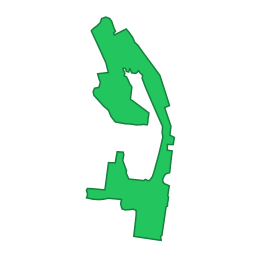 Tejen, Ahal, Turkmenistan, rotated 188°
{"feature_id": "10190150B49022220136906", "entity_name": "Tejen", "entity_type": "district", "adm_level": 2, "iso_a3": "TKM", "parent_name": "Turkmenistan", "parent_adm1": "Ahal", "projection": "robinson", "projection_center": [60.242, 38.323], "detail": "fine", "context": "isolated", "style": "filled", "palette": "green", "viewbox_px": 256, "rotation_deg": 188, "n_neighbors": 0, "source": "geoboundaries", "source_scale": "gbopen_adm2", "svg_char_len": 3026}
<svg xmlns="http://www.w3.org/2000/svg" viewBox="0 0 256 256"><g transform="rotate(188 128 128)"><path d="M131.2,56.0L124.9,56.3L124.5,56.3L124.7,52.1L124.1,50.3L123.7,49.2L122.4,46.9L122.1,46.9L119.3,46.5L114.6,47.5L113.8,47.7L112.0,48.2L111.5,48.4L110.8,48.1L108.8,47.6L108.5,47.5L108.1,45.0L108.0,44.2L107.8,43.2L107.2,21.5L79.5,21.3L79.5,21.8L80.2,23.3L80.6,25.1L79.5,26.4L79.3,54.4L79.2,55.2L78.1,56.2L78.1,57.4L78.4,58.4L78.2,61.4L78.3,65.3L78.5,65.6L79.2,66.1L79.1,76.5L83.7,77.8L84.3,78.2L85.4,78.6L85.6,79.2L85.9,79.4L85.9,80.0L86.5,81.5L85.8,84.7L85.7,84.8L85.7,85.3L84.2,87.8L80.5,89.6L80.7,94.3L80.8,97.6L81.0,106.9L81.1,111.5L86.0,111.5L86.7,117.2L81.0,117.8L80.9,117.9L80.8,125.1L81.1,125.2L84.0,126.2L85.5,126.8L85.7,135.3L85.7,135.7L86.4,137.0L93.2,150.6L94.4,152.9L94.6,153.3L91.6,155.0L90.0,155.9L90.1,156.2L90.9,157.9L103.6,184.2L103.8,184.6L113.0,194.0L118.7,199.8L123.8,205.0L127.8,209.2L129.6,211.2L129.8,211.3L133.3,213.8L136.0,218.3L140.6,223.2L143.6,225.8L154.5,218.2L155.4,219.7L155.5,219.8L153.8,222.0L155.6,224.6L155.7,224.8L157.2,227.7L158.9,231.2L161.3,233.8L161.7,233.9L162.4,234.1L163.8,234.5L165.6,234.7L165.8,234.6L166.0,234.5L169.4,232.6L170.2,228.2L171.7,226.4L172.5,225.4L173.1,224.7L175.5,222.3L177.1,220.4L177.9,219.2L177.2,218.1L175.6,215.6L167.8,203.5L167.8,203.4L166.1,200.8L162.8,195.5L158.9,189.5L158.5,188.4L158.2,187.7L155.2,180.2L165.6,177.5L165.4,176.9L163.6,172.8L162.3,170.4L161.8,169.5L161.8,169.1L162.5,164.2L166.4,162.8L166.7,162.7L167.4,159.7L167.6,159.2L166.4,155.7L155.2,146.3L155.0,146.2L149.7,142.7L146.5,137.1L141.5,132.3L141.3,132.2L131.0,131.8L130.6,131.9L126.4,132.3L123.0,132.3L120.7,132.2L118.2,132.6L115.7,133.0L114.7,133.3L113.3,133.7L111.9,133.7L109.6,133.8L109.4,133.8L109.3,134.9L109.1,136.5L109.5,139.3L109.4,140.7L109.3,141.8L109.3,143.4L109.4,145.8L122.5,153.0L127.1,155.5L127.5,155.7L129.6,156.6L129.9,169.2L132.7,172.3L134.8,175.9L136.8,178.6L138.5,178.9L139.0,179.0L139.0,179.4L138.7,181.7L139.6,183.3L139.9,183.8L141.1,185.1L141.1,185.7L141.1,186.6L139.0,186.5L138.3,185.4L138.2,185.3L138.0,184.8L137.6,183.9L136.0,183.6L135.8,183.5L135.1,183.5L134.6,186.5L134.5,186.9L134.0,186.4L133.7,185.8L132.7,184.2L132.1,183.1L128.0,183.1L127.8,183.3L126.8,184.2L125.6,186.2L123.4,184.0L122.8,183.6L120.8,182.1L120.9,179.1L119.8,177.1L115.8,169.9L105.9,153.6L104.6,151.5L94.0,134.3L93.7,130.2L93.6,128.1L93.2,127.0L92.4,124.5L92.3,124.3L92.3,123.5L93.0,114.4L93.4,110.5L93.9,105.5L94.5,101.0L96.3,87.1L96.9,84.3L97.2,83.0L98.0,81.5L99.7,78.6L99.8,78.5L101.0,78.8L103.7,79.5L103.9,79.3L105.0,78.1L120.2,77.6L120.4,78.0L123.7,83.4L123.4,85.3L127.1,92.1L127.3,92.5L128.7,95.1L128.5,98.8L128.4,100.7L129.3,103.4L129.6,103.4L135.4,103.0L135.8,91.7L142.5,91.0L142.3,72.5L142.3,70.2L142.3,63.5L154.7,62.9L154.8,62.9L159.4,62.5L159.7,62.5L160.5,60.4L159.2,58.0L158.8,55.7L159.4,53.1L158.7,53.0L153.7,52.7L152.7,52.6L146.4,53.1L142.6,54.0L142.3,54.1L140.5,54.7L137.5,55.7L137.4,55.7L137.0,55.7L131.2,56.0Z" fill="#22c55e" stroke="#15803d" stroke-width="1.5"/></g></svg>